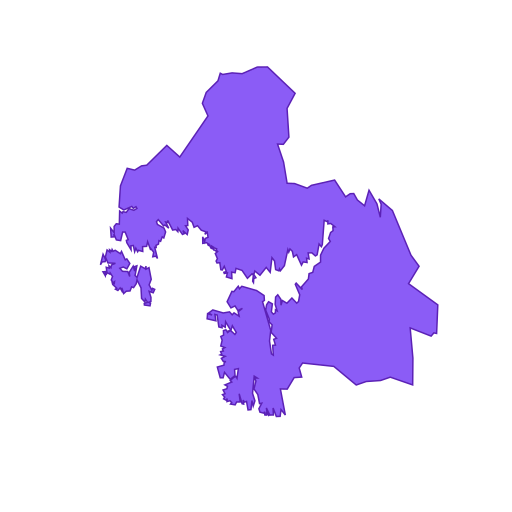 Kristiansand nor, Vest-Agder, Norway (Robinson projection), rotated 66°
{"feature_id": "86288312B34972554267052", "entity_name": "Kristiansand nor", "entity_type": "district", "adm_level": 2, "iso_a3": "NOR", "parent_name": "Norway", "parent_adm1": "Vest-Agder", "projection": "robinson", "projection_center": [8.031, 58.172], "detail": "fine", "context": "isolated", "style": "filled", "palette": "violet", "viewbox_px": 512, "rotation_deg": 66, "n_neighbors": 0, "source": "geoboundaries", "source_scale": "gbopen_adm2", "svg_char_len": 6162}
<svg xmlns="http://www.w3.org/2000/svg" viewBox="0 0 512 512"><g transform="rotate(66 256 256)"><path d="M437.5,165.3L413.1,154.2L384.4,144.4L400.4,128.6L398.6,124.8L400.2,122.5L374.6,109.8L343.3,127.9L331.7,111.2L318.3,114.1L269.9,112.9L253.8,120.6L259.6,120.6L271.2,126.7L257.6,124.3L241.9,126.0L254.3,136.4L246.1,140.6L238.7,141.3L237.4,144.6L238.4,150.1L218.6,153.3L214.0,176.6L214.9,181.6L205.5,191.3L202.2,198.0L181.4,192.6L162.5,190.8L165.1,185.6L160.8,177.6L133.8,167.6L123.3,154.1L88.0,168.6L83.9,178.0L83.8,194.5L79.0,203.4L76.6,212.6L74.5,214.3L80.5,219.5L86.3,234.9L94.7,242.9L108.5,242.9L134.6,285.4L118.7,292.5L128.6,318.9L127.1,323.9L128.2,331.9L123.5,338.0L136.8,351.3L155.6,361.2L160.2,358.0L160.2,349.3L162.5,348.7L162.1,345.6L164.1,345.4L164.6,349.0L161.1,352.7L163.4,356.8L161.4,359.5L162.4,360.8L159.5,362.3L171.3,367.9L169.7,370.5L171.3,373.6L177.0,376.1L171.4,377.5L179.8,380.6L180.8,377.8L178.1,376.9L184.5,377.0L186.9,373.4L179.9,368.1L180.9,365.8L189.1,366.1L189.0,368.1L191.3,368.6L199.5,367.6L195.8,366.1L196.5,363.8L202.7,365.1L200.0,362.6L204.0,362.4L203.0,361.1L205.8,357.6L201.3,355.8L202.7,352.0L198.9,349.2L207.7,349.8L206.6,349.1L210.9,347.9L214.7,350.6L215.4,347.6L218.2,347.0L206.9,345.0L207.6,343.7L205.6,343.0L205.5,340.3L202.5,338.4L203.8,337.2L200.4,333.9L202.0,332.9L197.3,328.8L193.1,328.7L187.1,333.2L184.2,333.0L183.0,330.5L190.9,328.2L190.6,326.6L195.1,324.4L188.2,324.7L189.5,323.0L187.6,322.2L198.4,321.6L199.2,318.5L202.0,317.5L198.9,315.9L206.4,314.4L206.4,312.4L203.0,312.5L208.4,310.1L204.6,307.3L199.7,308.1L200.4,305.9L193.8,303.3L199.2,300.5L204.6,300.9L204.5,297.1L210.2,295.5L213.6,291.9L215.4,293.9L214.5,290.9L219.4,292.2L219.3,295.2L222.1,297.1L216.8,296.9L222.8,299.5L223.7,295.8L224.8,295.1L226.1,295.3L226.9,295.2L227.2,294.8L225.6,294.8L225.9,294.2L230.6,293.9L231.5,293.0L228.8,292.5L230.3,291.5L230.4,292.3L231.0,291.9L231.7,292.3L234.0,292.0L232.2,291.9L231.3,291.2L233.4,289.0L235.2,290.4L233.3,291.8L235.5,290.4L234.9,289.8L236.3,289.2L237.2,292.2L242.7,292.3L244.4,294.5L246.5,294.5L247.4,291.8L254.2,293.7L255.1,292.5L252.5,289.2L258.1,289.4L257.8,292.0L259.1,292.1L259.8,289.0L263.1,291.6L266.9,287.2L260.8,284.8L262.8,281.9L259.2,279.3L263.5,274.6L272.9,272.9L270.7,267.0L271.9,266.4L270.5,266.0L271.7,265.8L277.7,269.3L279.2,269.1L275.7,267.2L275.8,264.9L272.1,265.5L269.2,263.2L275.2,260.2L270.6,251.3L276.7,249.7L264.0,242.1L268.1,241.1L276.4,243.6L278.9,241.1L277.3,239.8L279.4,239.7L276.4,234.0L263.1,224.3L265.8,224.5L263.4,222.1L266.5,220.9L272.1,222.1L271.3,218.3L282.9,218.2L280.6,215.3L282.7,212.0L278.6,210.7L280.3,208.7L274.4,207.1L275.8,203.7L280.1,201.7L279.8,199.7L270.7,193.5L274.1,192.5L272.6,190.8L251.1,179.2L253.7,176.9L252.7,175.8L255.9,177.3L256.7,174.5L261.4,172.0L260.7,174.0L264.2,175.3L264.9,178.3L269.5,182.6L272.9,182.2L276.5,190.8L281.5,196.7L287.8,199.5L289.2,207.0L294.0,210.8L293.7,214.7L298.3,217.5L302.7,227.0L305.5,227.4L297.1,230.3L297.8,231.6L309.2,231.8L314.9,235.7L315.6,238.0L309.0,240.3L311.7,247.0L307.4,250.0L311.1,253.2L305.7,250.9L300.3,251.9L301.5,254.8L308.0,258.2L314.7,259.0L313.1,260.1L315.8,261.4L316.2,263.8L313.3,264.7L306.4,260.5L302.9,263.1L304.9,266.2L309.4,269.2L319.2,269.5L321.4,270.8L325.5,269.3L331.9,273.2L339.5,270.7L339.3,273.7L345.3,274.5L344.4,277.1L353.6,280.5L351.7,281.7L339.1,278.2L330.0,272.8L300.4,268.6L300.0,266.4L295.4,264.7L287.8,269.5L277.9,281.3L279.2,284.4L276.4,284.5L279.6,290.8L278.5,292.4L286.0,301.0L293.2,300.0L293.1,295.5L298.4,294.7L298.3,289.7L299.7,295.0L304.1,295.9L299.0,299.2L300.0,301.7L296.3,302.9L294.7,309.1L287.7,317.4L288.8,322.4L292.1,320.2L289.0,323.7L293.5,326.2L298.9,319.0L292.7,317.3L294.1,315.5L305.7,318.8L307.8,316.2L305.4,315.3L308.6,313.1L303.7,310.5L313.9,309.3L310.1,306.0L317.8,305.1L319.1,307.2L313.9,309.4L313.0,312.5L313.9,311.1L314.4,313.1L311.2,313.5L310.9,316.1L315.1,317.8L315.2,320.9L319.2,321.2L323.9,324.8L327.0,321.7L327.2,324.5L329.5,324.5L328.9,327.2L331.8,327.3L331.8,328.9L335.1,325.0L335.4,329.3L338.9,328.8L340.3,326.4L340.1,328.2L342.7,329.7L341.7,336.5L352.7,338.2L353.9,335.6L349.5,332.1L358.2,329.7L356.7,323.8L350.9,321.7L351.7,317.9L360.0,323.1L357.9,323.3L357.9,325.8L359.3,330.2L361.3,329.4L361.1,336.8L363.4,335.0L365.4,336.6L365.0,340.6L369.2,340.3L369.0,343.0L372.2,342.0L373.3,343.7L375.6,341.9L374.5,340.3L377.2,341.7L377.6,338.7L380.0,337.8L380.9,339.5L383.5,335.6L381.5,333.1L382.9,329.8L375.0,327.4L385.3,328.8L386.3,327.5L382.4,326.4L384.8,325.9L385.0,323.8L393.4,325.9L394.3,323.1L386.4,318.5L392.0,319.6L387.9,315.9L380.0,315.0L365.0,306.5L368.0,304.5L367.0,306.9L370.2,306.9L376.6,311.9L383.3,310.7L392.3,312.8L392.8,310.6L396.7,315.5L400.3,315.9L402.8,312.7L401.7,311.5L404.8,312.6L405.5,311.4L403.9,310.5L407.5,309.1L403.6,309.7L399.0,308.3L406.9,308.1L408.3,304.8L401.8,302.2L410.9,302.7L412.3,299.2L406.5,295.6L413.2,293.9L387.4,287.8L390.3,281.6L382.6,270.6L385.2,263.5L375.9,262.1L372.7,257.0L388.5,229.8L414.6,216.9L415.5,206.3L420.4,192.9L421.3,182.6L437.5,165.3ZM234.7,361.2L223.1,358.5L223.3,361.8L220.5,360.6L222.6,362.4L218.4,365.5L227.2,373.4L224.6,374.4L216.5,368.8L216.3,371.4L218.4,371.6L220.5,373.0L215.3,372.3L219.4,378.5L223.4,379.7L218.0,379.5L215.7,384.2L211.8,385.4L212.1,381.7L215.2,379.2L211.5,374.3L206.1,375.2L206.3,377.0L197.1,377.0L198.7,379.0L193.5,382.3L193.6,384.6L191.5,384.8L193.0,386.0L190.8,387.2L193.1,387.9L189.9,389.6L196.8,394.9L192.2,395.0L200.8,401.7L198.8,398.9L199.8,396.1L197.4,394.0L202.1,394.1L205.5,387.4L205.4,391.7L207.7,393.3L205.1,394.3L207.4,395.0L205.4,397.4L209.6,398.6L208.2,402.2L212.7,401.7L209.9,400.2L211.7,400.0L210.8,398.7L213.1,396.9L212.1,396.1L216.4,395.4L219.0,398.0L222.3,397.5L221.9,395.7L223.6,396.7L222.0,398.2L223.7,398.5L228.8,396.3L229.1,397.9L231.3,396.2L229.9,393.1L233.1,392.8L230.5,391.5L236.5,392.2L235.4,388.8L236.7,385.3L233.6,382.2L235.1,380.7L232.6,376.7L229.4,374.4L238.3,374.0L248.2,377.8L252.9,376.2L250.4,374.6L254.3,373.9L253.9,377.4L255.4,377.9L258.4,373.1L256.3,371.6L254.6,373.0L254.8,370.5L251.1,368.8L244.8,368.0L247.8,364.9L245.3,362.1L243.5,363.7L244.8,365.0L238.9,365.4L234.7,361.2Z" fill="#8b5cf6" stroke="#5b21b6" stroke-width="1.5"/></g></svg>